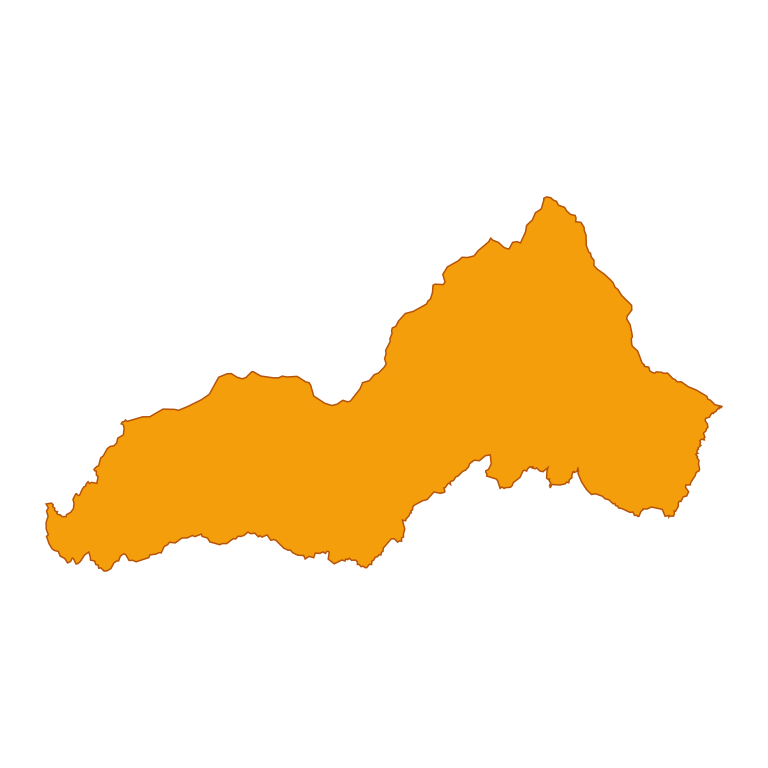 Cotacachi, Imbabura, Ecuador
{"feature_id": "8360857B15521483188159", "entity_name": "Cotacachi", "entity_type": "district", "adm_level": 2, "iso_a3": "ECU", "parent_name": "Ecuador", "parent_adm1": "Imbabura", "projection": "natural_earth1", "projection_center": [-78.573, 0.395], "detail": "fine", "context": "isolated", "style": "filled", "palette": "amber", "viewbox_px": 768, "rotation_deg": 0, "n_neighbors": 0, "source": "geoboundaries", "source_scale": "gbopen_adm2", "svg_char_len": 6067}
<svg xmlns="http://www.w3.org/2000/svg" viewBox="0 0 768 768"><path d="M721.9,406.4L714.9,404.7L710.4,400.2L707.8,399.1L706.9,396.4L696.1,389.9L688.1,386.7L681.3,381.8L677.4,381.9L674.8,379.3L673.0,378.8L667.6,373.1L663.2,373.3L661.8,372.3L656.2,371.9L655.1,373.0L652.9,372.8L649.8,370.9L648.8,367.1L644.4,366.4L644.3,364.9L642.1,363.0L637.7,351.1L632.5,346.4L631.7,344.3L631.3,338.6L632.4,336.9L631.6,331.8L630.1,324.7L626.7,318.9L627.2,316.1L631.8,310.0L631.6,305.3L621.6,295.4L618.1,289.7L615.1,287.3L613.0,282.6L610.9,280.3L604.2,274.1L597.5,269.4L594.0,265.7L593.9,260.2L591.2,256.9L590.5,253.2L588.9,252.3L586.3,245.5L586.0,235.0L584.2,230.3L584.1,227.5L581.0,222.4L575.7,221.7L576.0,217.9L575.2,215.5L570.3,214.3L566.6,210.8L564.6,207.4L558.4,205.2L556.5,201.4L553.1,199.9L550.7,197.7L546.6,196.9L543.7,198.4L543.9,199.8L541.3,208.9L535.4,212.8L532.4,219.9L526.6,225.4L525.5,232.0L520.5,242.9L516.9,241.6L512.6,242.4L509.2,248.7L507.8,248.9L503.8,247.4L498.4,242.4L492.8,240.2L490.7,238.2L488.6,241.9L478.1,250.7L474.1,255.9L467.7,257.5L461.9,257.3L458.4,260.7L447.4,266.9L442.8,274.4L445.0,282.0L443.3,284.6L434.9,284.2L433.0,285.3L432.5,292.4L430.5,298.9L428.1,300.8L426.4,304.1L413.3,311.4L405.3,313.5L398.5,321.0L395.8,326.4L392.3,328.0L391.6,330.6L392.0,333.5L389.9,338.8L390.2,341.5L385.6,350.5L386.1,353.8L384.6,358.7L386.2,364.0L384.1,367.3L378.5,373.0L374.2,374.7L369.4,380.6L362.6,382.7L360.0,388.9L350.3,401.2L347.6,401.8L342.8,400.3L336.9,404.3L331.8,405.5L324.8,403.3L313.7,396.0L310.7,385.3L309.1,382.7L305.9,382.0L297.1,376.4L286.9,377.0L282.1,376.1L278.9,377.8L273.6,377.9L260.7,376.0L253.3,371.7L251.8,371.7L246.0,377.5L242.3,378.8L237.1,377.3L231.3,373.6L227.0,373.8L218.6,377.3L209.3,394.3L201.3,399.8L186.6,407.0L178.5,410.3L174.6,409.4L163.0,409.1L149.7,416.8L142.7,416.8L127.1,421.4L125.4,420.0L124.6,421.4L122.4,421.9L121.2,423.8L122.9,424.4L123.6,425.8L124.1,428.9L123.3,434.9L117.7,438.2L116.7,443.0L113.9,445.8L110.0,446.5L107.3,448.6L103.2,456.0L100.7,457.9L98.6,465.8L96.5,466.7L94.0,469.3L94.6,470.7L96.3,471.1L96.4,475.1L98.1,476.8L96.8,483.3L91.5,482.4L89.5,483.6L88.1,481.7L86.3,483.7L85.7,486.0L83.7,487.1L82.2,489.3L79.7,495.0L78.2,495.6L76.5,493.7L75.7,493.9L73.0,499.3L74.0,503.5L73.4,508.7L70.7,512.3L66.6,514.6L66.0,516.6L62.0,516.6L60.3,514.8L57.9,514.5L56.8,513.3L57.4,511.6L56.3,511.7L54.5,510.3L54.8,508.3L52.7,506.6L53.2,504.9L51.5,503.1L46.1,504.0L48.4,507.9L46.5,511.0L48.1,516.3L46.1,522.5L46.2,528.8L48.3,534.8L46.5,536.4L49.1,543.8L52.0,548.7L54.2,550.4L58.3,551.4L60.1,556.0L64.7,558.5L67.6,562.9L70.6,561.5L72.3,558.1L73.6,558.8L76.0,564.0L77.8,563.6L80.5,561.3L84.4,555.2L88.7,552.0L90.2,556.5L90.5,560.1L94.6,561.0L95.8,564.6L98.0,564.9L98.7,568.2L100.9,567.9L104.1,571.1L107.1,570.8L110.9,568.6L114.0,562.8L116.7,561.0L118.6,560.9L120.3,556.2L123.7,553.7L125.8,554.7L129.1,560.5L132.9,560.3L136.1,561.8L148.8,557.6L149.8,555.0L156.2,554.0L159.1,552.6L161.2,552.9L164.2,546.5L167.6,544.7L169.5,542.3L175.3,542.9L181.9,538.0L187.2,537.9L192.4,535.5L194.8,536.6L201.4,534.1L202.1,536.4L207.5,538.0L209.8,541.9L219.8,544.7L222.2,543.6L226.7,543.6L232.9,538.8L235.8,538.9L238.1,536.2L240.7,536.5L244.0,535.4L247.9,532.1L250.6,533.7L254.9,533.2L258.4,536.8L259.9,535.7L262.0,537.1L267.1,534.9L270.8,540.3L273.8,539.5L276.1,540.5L283.8,548.2L288.0,550.2L290.4,550.1L292.8,552.8L297.8,555.2L303.6,555.5L305.2,559.0L308.9,556.4L313.7,557.7L315.3,553.1L319.9,553.4L322.9,551.9L325.4,553.4L326.8,551.4L328.2,551.4L329.2,552.2L328.2,559.1L334.2,563.8L341.9,560.0L345.0,561.0L345.7,559.1L347.8,559.6L349.3,558.2L351.5,560.3L355.7,560.1L357.3,561.8L357.4,564.5L359.2,564.4L361.1,566.7L363.2,566.2L365.0,567.6L366.7,567.7L369.2,564.4L371.6,564.5L371.8,561.3L373.8,560.0L375.2,557.3L377.7,556.6L378.7,554.9L381.0,554.9L381.3,552.4L383.0,551.3L383.3,548.1L391.3,538.8L394.5,538.9L397.5,542.1L399.6,540.9L401.6,541.2L401.5,538.0L403.5,537.0L403.5,533.5L404.8,529.2L402.4,520.1L405.6,520.8L406.1,518.9L408.9,516.0L410.0,513.2L411.3,512.8L411.0,510.9L412.5,509.8L412.9,506.8L414.3,505.2L422.4,500.8L427.1,499.6L433.9,492.0L440.3,493.3L444.4,492.3L444.9,491.3L443.9,487.9L445.2,487.6L448.2,483.4L449.2,483.2L450.5,484.4L450.2,482.5L451.0,481.2L453.5,480.6L455.7,477.0L458.4,475.8L462.6,471.4L465.7,470.1L468.6,466.8L469.6,463.7L474.2,460.2L479.4,460.7L485.3,455.7L490.3,454.9L491.2,463.9L488.5,469.5L485.8,470.7L485.7,472.1L486.8,473.6L486.7,476.1L496.0,478.9L497.6,480.6L500.1,488.4L501.8,487.0L504.2,488.5L505.3,487.7L510.4,487.3L512.0,485.9L513.1,482.8L520.0,477.4L523.1,470.7L524.4,470.2L526.7,471.1L527.5,469.0L529.9,466.7L530.7,467.2L532.7,466.6L533.6,467.8L532.6,466.9L531.3,468.1L532.5,467.4L533.1,468.4L535.4,468.7L536.6,467.9L539.7,470.9L543.0,471.7L548.0,467.5L547.0,470.6L546.6,478.2L548.4,479.5L549.4,479.0L549.2,480.6L550.7,483.0L549.5,485.7L550.2,486.2L550.1,488.0L552.0,484.5L560.0,485.0L565.3,483.8L566.6,482.1L568.7,482.8L569.5,479.5L572.0,477.7L571.7,475.9L572.9,472.0L573.6,471.5L574.2,472.4L577.2,471.4L577.9,467.4L578.5,472.1L578.0,473.4L581.6,482.0L586.6,489.7L591.5,494.5L595.6,493.8L602.3,496.2L604.9,498.7L609.1,499.9L613.0,503.8L614.8,503.4L615.4,505.5L617.6,506.1L618.6,508.0L621.9,508.6L630.0,512.4L633.0,512.0L634.5,515.4L637.0,515.5L638.0,516.5L638.9,516.4L641.0,511.3L643.1,509.7L643.0,508.9L647.3,509.0L651.3,507.0L662.3,509.4L665.1,516.3L668.5,515.5L668.8,517.0L669.3,516.1L673.5,516.1L674.4,513.9L674.2,511.0L675.5,511.3L678.3,506.4L678.4,502.5L679.7,501.0L680.9,501.5L683.3,496.8L686.7,496.0L688.6,491.8L685.6,487.3L685.6,485.1L690.4,484.8L690.8,482.4L695.3,475.5L696.2,472.4L698.9,471.0L699.6,469.2L698.5,464.1L699.0,460.4L697.0,457.7L697.6,456.7L695.7,454.3L697.8,453.3L696.8,452.9L697.4,450.0L698.5,449.2L698.0,447.9L700.9,445.4L699.8,444.4L700.6,442.2L699.7,441.0L701.3,439.2L704.3,439.9L704.0,438.2L704.9,437.2L703.4,433.2L706.0,430.8L706.4,428.9L707.9,427.4L707.4,424.1L705.1,420.5L705.6,418.4L709.5,417.1L711.6,413.4L712.7,413.0L713.6,414.0L713.3,412.8L716.0,411.4L717.5,409.0L719.1,408.7L718.9,407.4L720.9,407.8L721.9,406.4Z" fill="#f59e0b" stroke="#b45309" stroke-width="1.5"/></svg>